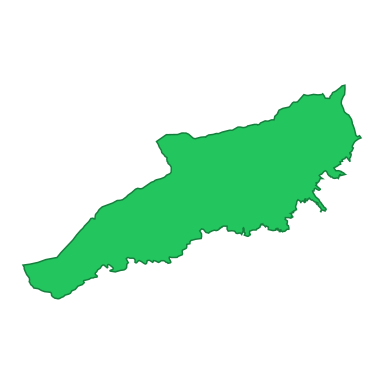 the district of Rau Sadului, Sibiu, Romania
{"feature_id": "2599482B59559363647418", "entity_name": "Rau Sadului", "entity_type": "district", "adm_level": 2, "iso_a3": "ROU", "parent_name": "Romania", "parent_adm1": "Sibiu", "projection": "equal_earth", "projection_center": [24.033, 45.624], "detail": "fine", "context": "isolated", "style": "filled", "palette": "green", "viewbox_px": 384, "rotation_deg": 0, "n_neighbors": 0, "source": "geoboundaries", "source_scale": "gbopen_adm2", "svg_char_len": 6047}
<svg xmlns="http://www.w3.org/2000/svg" viewBox="0 0 384 384"><path d="M168.0,263.3L170.3,262.8L170.8,262.3L170.8,261.9L169.3,258.7L169.2,257.3L169.5,257.0L171.7,257.5L177.1,257.4L178.3,256.3L182.3,254.7L182.5,253.7L182.2,251.5L182.4,250.2L186.1,248.4L186.7,247.3L186.8,244.4L189.9,243.7L190.0,241.7L190.9,240.5L195.8,239.2L201.2,238.5L201.6,236.6L201.5,233.7L199.7,230.9L201.6,228.9L203.5,229.4L205.9,232.4L208.7,233.1L209.5,232.2L212.6,230.7L214.5,230.2L216.1,230.6L217.7,230.2L220.0,228.5L219.9,228.2L221.8,227.3L221.6,227.0L222.1,226.6L223.6,226.1L227.1,226.2L227.1,229.2L228.2,231.1L231.9,230.7L234.0,231.0L234.8,231.3L236.2,233.3L237.9,233.5L238.7,233.1L240.5,233.1L241.7,234.5L242.7,231.8L243.4,230.8L243.0,229.9L243.5,228.9L243.0,228.3L243.5,227.8L243.9,228.3L244.2,230.8L244.0,232.2L245.2,233.2L244.3,235.1L247.4,236.3L248.7,236.1L249.2,235.2L250.2,234.9L250.4,234.2L249.7,233.8L249.5,233.1L249.7,231.2L252.7,230.0L256.2,230.0L256.8,229.0L258.2,228.4L260.1,227.0L260.3,225.5L261.1,224.1L261.7,224.1L261.9,224.7L262.8,224.0L263.1,225.0L264.0,225.3L265.5,226.9L266.2,226.0L268.4,227.1L268.3,229.5L273.0,230.6L275.6,230.2L275.8,229.0L276.3,228.6L277.3,230.0L277.7,230.0L278.0,229.3L277.5,228.6L277.8,228.4L278.7,229.7L279.3,231.6L280.2,231.6L280.4,229.9L281.0,230.0L281.0,231.0L282.7,231.8L283.0,231.3L284.8,231.3L287.2,229.2L288.8,229.3L288.9,228.8L288.8,227.3L288.3,225.6L287.2,225.0L287.1,224.2L286.7,223.9L287.3,223.1L287.4,220.9L285.1,219.3L285.5,218.5L285.4,217.6L288.6,217.6L290.8,218.1L291.6,217.7L291.3,217.5L291.4,216.9L292.7,216.7L291.9,215.6L291.5,214.2L290.4,213.4L293.3,212.6L292.7,211.8L293.7,211.6L294.0,210.8L294.8,210.8L295.2,210.1L296.5,209.7L296.4,208.8L295.8,208.1L295.6,206.2L296.6,203.6L296.8,201.5L298.0,199.7L300.5,201.4L300.7,202.5L300.9,202.5L301.2,201.6L302.9,200.9L303.8,201.0L304.0,202.1L304.7,202.5L305.6,201.7L305.5,201.4L305.0,201.4L304.6,199.5L305.2,198.8L305.8,198.9L305.6,200.5L307.4,200.5L307.7,199.1L308.7,199.0L309.2,198.1L311.4,200.1L312.4,200.0L314.7,201.9L316.9,202.4L317.4,202.7L316.6,202.8L316.2,203.1L316.2,203.5L317.1,204.5L318.0,204.4L318.4,205.7L319.8,207.3L320.2,207.2L321.5,209.8L320.6,211.5L320.9,211.7L321.7,209.8L325.0,211.0L325.1,210.1L326.1,209.7L325.8,208.4L323.5,206.6L323.2,205.7L321.9,204.3L321.5,203.3L320.0,201.8L318.9,199.6L315.6,196.8L312.9,192.3L312.6,191.3L312.6,191.0L313.9,191.0L314.4,188.8L315.2,188.3L318.4,190.1L319.4,190.1L320.3,189.4L320.3,189.1L315.9,185.4L316.6,185.0L316.1,182.9L316.8,182.7L317.1,183.2L317.7,182.7L319.2,181.0L320.2,178.6L322.5,178.6L320.6,177.3L319.2,175.5L320.4,174.4L321.6,174.2L324.3,171.2L325.6,170.8L327.0,172.1L327.8,174.2L329.3,175.9L330.0,175.9L330.5,176.9L332.0,177.0L333.1,178.1L334.8,178.4L337.5,177.8L338.3,178.5L338.9,177.2L339.2,175.6L339.7,175.4L339.7,174.6L340.4,174.5L340.5,175.6L345.3,174.4L344.1,173.6L343.8,173.0L341.4,172.0L341.5,171.6L338.8,170.7L335.8,170.7L333.9,167.9L337.8,165.8L338.5,165.0L340.7,164.1L340.0,161.9L342.5,161.3L342.1,160.3L342.2,159.6L344.9,158.6L345.5,157.4L346.6,157.1L350.1,161.7L349.6,158.4L350.5,157.2L351.2,154.8L351.0,153.8L349.9,153.8L349.8,152.7L351.6,151.5L353.2,148.3L353.3,147.9L352.4,147.5L352.4,145.9L354.3,142.3L355.3,141.2L358.3,139.0L361.0,137.9L359.5,135.7L357.7,136.7L356.6,136.1L355.9,135.3L354.5,129.4L353.0,125.0L352.4,124.1L352.2,122.2L351.5,119.4L348.7,115.0L346.7,113.9L344.6,112.1L343.9,110.7L343.6,109.1L341.4,104.1L341.3,102.3L341.6,100.3L343.1,96.8L344.6,94.4L345.0,88.9L344.9,85.2L342.0,85.9L340.2,87.7L335.7,91.2L332.6,92.6L331.7,94.6L330.0,96.7L329.9,98.1L329.5,98.4L325.3,98.2L323.8,95.3L322.7,93.8L322.0,94.5L318.0,94.9L313.5,94.4L308.2,95.5L306.6,95.4L303.9,94.6L297.5,101.9L295.4,102.3L293.8,102.1L292.5,102.9L289.9,106.4L288.9,107.1L282.8,108.4L279.0,110.2L277.8,112.7L278.0,112.8L277.0,114.3L274.8,116.3L274.1,119.8L271.3,119.9L268.1,121.2L265.1,120.9L260.4,123.0L259.4,124.4L257.5,124.9L256.9,124.4L254.4,124.4L247.5,126.0L247.1,126.6L245.3,127.3L243.2,127.6L240.4,127.1L237.9,127.1L232.3,130.3L229.7,130.2L222.2,132.1L218.6,133.6L216.2,133.5L213.3,134.4L208.6,135.0L206.0,136.5L205.7,137.2L204.4,136.9L200.8,137.2L195.2,138.7L193.3,138.3L188.6,134.2L186.1,133.1L181.9,133.0L177.8,134.5L166.3,134.7L156.5,141.5L158.3,144.4L159.3,147.1L161.3,150.2L161.8,152.6L164.6,155.5L165.0,156.4L166.9,157.5L167.1,158.0L166.8,158.9L167.2,161.6L167.8,162.0L168.1,163.5L170.1,165.2L171.3,167.3L171.2,172.0L170.1,173.6L166.5,175.2L165.2,176.7L164.0,177.5L160.6,178.8L156.4,179.8L154.9,180.5L153.9,181.4L151.3,182.3L142.3,188.5L140.1,188.8L137.7,188.3L135.5,189.2L131.8,192.5L127.5,195.5L126.9,196.5L122.6,199.7L120.3,200.3L117.2,200.5L112.7,203.0L102.2,206.9L99.2,209.5L97.6,212.1L95.8,214.1L95.4,214.9L94.9,218.9L94.0,218.9L92.9,218.2L90.9,218.5L88.9,221.5L84.5,226.0L82.9,228.3L80.6,230.4L76.6,235.0L72.8,240.1L60.8,252.8L57.0,257.5L45.8,259.6L38.1,262.4L29.8,264.2L23.0,265.1L24.2,267.2L24.2,268.9L25.3,271.6L26.7,274.6L29.3,277.9L29.6,280.1L29.2,281.8L29.7,282.3L30.8,284.7L32.6,286.2L33.8,288.0L38.3,288.7L41.5,290.5L44.5,291.6L50.5,292.3L51.4,293.4L51.6,295.5L52.5,296.6L54.7,298.1L58.1,298.8L59.6,298.5L61.5,297.4L63.4,296.7L65.1,295.1L68.7,294.1L70.4,293.2L71.9,290.8L75.3,289.4L78.0,286.1L82.3,284.6L84.2,282.7L83.5,281.4L83.8,280.6L89.0,279.3L91.1,278.0L93.3,277.9L94.6,277.3L96.9,277.1L97.3,276.1L95.5,274.5L95.2,273.8L95.4,273.0L96.8,271.6L97.7,269.8L100.1,268.3L101.9,265.7L102.9,265.0L104.0,265.1L107.2,267.8L107.7,267.5L107.5,265.4L107.7,264.9L108.3,264.5L109.5,264.8L112.8,267.5L113.3,268.4L112.9,269.3L112.4,269.6L110.3,270.3L110.0,270.6L110.2,271.1L115.3,271.9L120.5,270.4L124.0,269.9L125.7,268.9L126.6,267.5L126.8,264.2L128.3,262.7L126.2,258.8L127.5,257.6L128.6,257.6L129.8,258.2L133.1,258.2L134.2,258.6L135.1,259.8L135.0,262.3L136.0,262.9L136.6,262.7L138.5,260.7L139.1,260.5L141.3,261.5L144.5,263.7L145.7,264.0L146.6,263.2L147.2,260.6L148.8,260.3L149.7,260.4L152.6,262.3L153.1,261.9L153.5,260.6L155.4,260.9L158.4,262.4L159.5,262.0L161.2,260.7L163.6,260.7L164.5,260.9L166.1,262.3L167.4,262.5L168.0,263.3Z" fill="#22c55e" stroke="#15803d" stroke-width="1.5"/></svg>